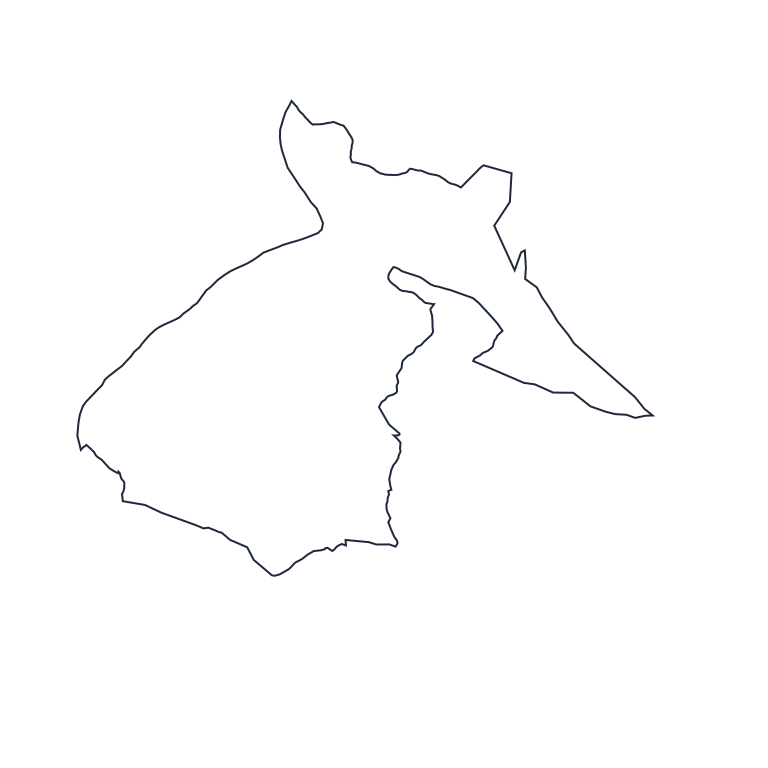 Ideato North, Imo, Nigeria (Equal Earth projection), rotated 305°
{"feature_id": "59680162B2351853936587", "entity_name": "Ideato North", "entity_type": "district", "adm_level": 2, "iso_a3": "NGA", "parent_name": "Nigeria", "parent_adm1": "Imo", "projection": "equal_earth", "projection_center": [7.158, 5.852], "detail": "fine", "context": "isolated", "style": "outline", "palette": "slate", "viewbox_px": 768, "rotation_deg": 305, "n_neighbors": 0, "source": "geoboundaries", "source_scale": "gbopen_adm2", "svg_char_len": 5158}
<svg xmlns="http://www.w3.org/2000/svg" viewBox="0 0 768 768"><g transform="rotate(305 384 384)"><path d="M562.8,145.9L557.8,146.7L550.2,147.4L544.5,149.1L537.0,151.6L532.5,153.2L526.2,157.4L520.5,162.4L516.7,166.6L512.9,171.7L505.9,181.0L503.5,187.1L501.3,192.8L497.5,202.1L495.5,208.9L491.0,219.8L489.1,228.3L488.3,229.6L484.6,235.9L480.7,241.8L475.1,244.3L470.0,243.4L461.9,238.2L455.7,233.9L451.3,230.5L445.0,225.4L439.4,221.1L435.0,218.5L430.0,215.0L422.5,209.9L416.9,208.1L412.8,206.6L410.0,205.5L404.4,202.9L400.0,200.3L394.3,196.9L388.1,193.4L381.8,190.8L374.4,188.3L374.3,188.2L364.2,186.4L358.6,184.7L355.3,184.7L352.3,184.6L347.3,184.6L342.9,184.5L338.5,182.8L334.1,181.9L328.0,179.8L326.6,179.3L322.7,178.6L321.5,178.4L316.5,175.8L306.5,169.8L301.9,167.4L301.5,167.2L297.1,165.5L292.2,164.5L291.1,164.2L288.3,163.7L280.4,162.9L278.3,162.7L276.9,162.7L273.9,162.7L270.6,161.8L267.0,160.9L261.3,160.9L255.7,160.0L248.7,159.1L244.3,157.7L243.5,157.5L243.1,157.3L237.5,155.6L231.8,153.8L227.4,152.9L221.1,153.7L216.1,152.8L210.4,151.9L204.2,151.0L198.5,150.1L192.8,150.1L184.6,152.4L177.1,155.9L165.7,162.5L160.6,168.4L156.1,173.5L160.3,174.0L161.5,174.8L163.4,175.2L162.6,181.6L161.9,185.7L160.6,188.1L160.0,190.2L159.9,193.1L160.1,195.8L159.9,196.6L157.4,207.7L157.9,214.6L158.6,217.8L159.8,217.0L159.5,218.4L158.5,219.9L157.4,221.0L156.9,221.7L156.0,222.9L155.6,223.7L155.3,225.1L154.8,226.8L154.4,227.6L153.9,228.1L153.6,228.4L152.0,229.3L150.3,230.6L149.5,231.0L148.1,231.5L147.3,231.9L146.5,232.1L145.1,232.3L143.6,232.5L138.2,237.3L147.8,257.5L150.9,275.5L160.5,311.1L162.2,319.0L165.5,322.5L167.1,328.9L168.1,333.9L169.1,336.1L168.7,340.7L168.0,347.2L171.8,365.6L165.2,378.2L163.0,401.8L164.1,404.3L168.1,407.7L178.1,412.4L186.7,413.7L193.5,417.2L200.4,419.3L206.9,422.3L211.7,427.8L215.0,430.4L216.1,430.2L217.4,431.8L217.5,434.4L217.6,437.5L220.4,438.3L223.3,438.5L226.1,439.6L228.7,441.2L229.9,445.4L234.2,442.0L245.7,462.2L248.2,469.9L255.6,480.3L257.4,486.7L261.2,486.5L263.1,484.6L264.8,479.9L268.9,473.2L273.2,466.8L277.7,466.3L281.1,460.2L283.0,457.9L286.9,454.9L289.4,454.4L293.0,452.3L296.5,451.4L298.8,448.9L301.6,450.7L303.7,448.1L308.1,443.8L309.3,442.8L317.8,439.3L323.3,438.2L326.7,438.6L329.3,438.3L331.6,438.2L333.0,437.4L334.6,436.9L338.2,436.3L340.2,434.2L345.4,431.2L346.8,426.2L347.0,424.6L347.5,421.6L348.2,422.9L349.3,424.0L350.0,424.9L350.8,425.5L351.6,425.7L352.3,425.0L353.7,411.4L362.1,393.3L364.9,392.7L368.0,392.4L371.9,394.0L374.8,393.9L377.3,394.9L380.0,397.2L383.7,399.1L385.5,398.9L389.9,395.3L393.3,394.8L394.3,394.0L398.0,389.7L398.8,389.4L406.9,389.3L412.1,386.6L413.7,386.1L419.2,387.0L421.4,387.6L423.5,388.9L426.7,390.0L432.3,389.6L433.9,390.2L437.0,392.0L441.3,392.5L451.6,394.7L455.0,394.2L458.4,391.2L463.2,387.7L467.8,384.0L468.4,383.0L469.4,381.9L470.3,380.8L471.1,379.8L471.8,379.1L472.4,379.0L473.2,379.0L474.6,379.1L475.7,379.2L477.4,379.2L478.1,379.1L477.6,378.6L477.2,377.7L476.9,376.7L476.0,375.2L475.1,373.1L474.3,371.5L474.1,370.1L474.4,368.5L474.8,366.0L474.6,364.0L475.2,361.4L475.6,358.1L475.5,355.5L475.1,354.1L474.2,352.3L473.4,350.8L472.8,349.1L471.6,347.2L470.8,345.7L470.3,342.5L470.6,340.2L471.0,337.3L470.9,335.3L471.1,333.8L471.2,331.3L471.7,329.6L472.7,327.2L475.5,325.3L477.7,324.8L482.0,324.6L485.1,324.6L485.9,326.1L486.4,328.0L486.7,330.1L486.6,332.7L486.9,334.7L488.0,338.4L489.3,342.7L490.6,346.8L492.2,352.3L492.4,355.6L492.3,364.8L493.0,368.2L493.5,369.7L494.4,371.5L495.4,374.0L496.5,377.4L497.7,380.9L499.0,384.3L505.4,407.6L504.7,415.3L501.3,431.1L498.7,441.9L495.5,450.6L488.6,449.1L485.8,449.7L483.4,449.5L481.6,449.9L477.6,451.5L476.0,451.6L470.6,450.0L469.1,449.0L466.3,447.2L462.6,446.3L456.9,443.4L454.0,443.9L465.2,498.0L470.2,507.7L474.0,527.5L485.4,544.1L484.1,565.9L488.5,581.7L491.9,590.6L497.9,600.3L500.3,609.2L507.8,616.2L512.3,622.1L513.0,611.5L517.2,597.3L521.2,561.3L526.2,516.5L529.9,507.0L534.6,490.8L540.9,476.6L545.6,463.8L550.8,453.7L551.0,439.4L560.7,433.5L574.2,422.7L570.4,420.8L552.1,425.8L576.9,383.5L605.3,382.7L629.8,367.6L620.3,340.3L618.0,339.3L614.1,338.5L608.6,337.7L601.8,336.4L593.8,335.1L589.1,334.3L588.9,332.3L588.8,331.0L588.5,329.6L588.1,327.9L587.0,325.2L586.4,323.1L586.0,320.4L586.3,317.9L586.3,315.1L586.1,311.1L585.9,309.4L585.3,307.5L584.5,305.8L583.0,302.5L582.1,300.3L581.2,296.8L580.7,294.5L580.0,291.7L578.5,289.7L577.1,286.2L576.2,283.6L575.2,281.8L573.2,281.4L571.1,281.4L569.3,280.4L567.5,279.0L566.6,277.9L565.1,277.0L563.4,275.5L561.3,273.0L559.1,269.4L557.7,267.4L556.0,264.4L555.6,262.9L555.1,261.9L554.5,260.3L554.2,257.8L554.0,255.6L554.5,251.9L554.2,248.7L553.9,246.7L553.4,245.1L552.3,242.2L551.3,239.8L550.5,237.4L549.2,233.9L547.4,230.7L548.2,229.4L549.1,228.0L550.5,226.4L553.4,225.0L555.0,223.6L557.3,222.8L559.6,221.7L560.5,220.9L563.1,220.1L565.4,218.8L566.7,217.1L567.8,214.9L568.8,212.1L570.3,209.0L571.4,206.0L572.4,202.6L571.6,200.5L569.7,192.4L567.8,190.6L564.6,187.3L561.8,184.7L558.5,180.6L557.0,178.2L555.7,177.2L555.7,174.7L556.3,171.3L556.6,170.7L557.0,167.6L558.4,163.0L558.8,159.4L559.6,156.6L561.0,153.9L561.6,151.1L562.8,145.9Z" fill="none" stroke="#1e293b" stroke-width="2"/></g></svg>